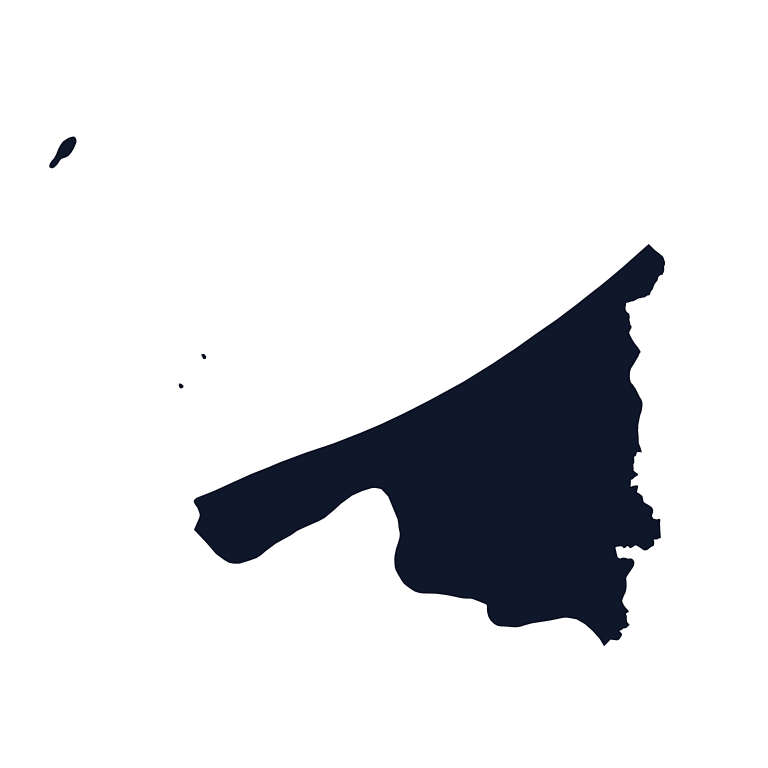 outline of Nghi Xuan, Ha Tinh, Vietnam, rotated 261°
{"feature_id": "81297802B92253150972948", "entity_name": "Nghi Xuan", "entity_type": "district", "adm_level": 2, "iso_a3": "VNM", "parent_name": "Vietnam", "parent_adm1": "Ha Tinh", "projection": "albers", "projection_center": [105.774, 18.664], "detail": "fine", "context": "isolated", "style": "filled", "palette": "ink", "viewbox_px": 768, "rotation_deg": 261, "n_neighbors": 0, "source": "geoboundaries", "source_scale": "gbopen_adm2", "svg_char_len": 6116}
<svg xmlns="http://www.w3.org/2000/svg" viewBox="0 0 768 768"><g transform="rotate(261 384 384)"><path d="M375.7,641.7L379.1,640.4L384.7,637.3L388.6,635.6L393.3,634.0L395.2,633.6L396.5,633.4L397.3,633.4L397.8,634.2L399.4,635.2L400.0,635.6L400.7,636.3L401.2,636.5L401.8,636.7L402.4,636.6L403.1,636.4L403.9,635.8L404.3,635.6L404.5,635.6L405.4,635.9L406.3,635.9L409.4,635.5L409.6,635.6L410.5,636.2L411.1,636.3L413.2,636.5L413.8,636.5L414.8,636.2L415.3,635.8L415.8,635.2L416.4,634.7L418.0,633.9L418.7,633.6L421.7,633.6L423.6,634.4L426.6,635.0L426.9,635.6L427.2,639.0L427.5,640.6L427.8,641.9L427.5,642.8L427.7,643.7L428.6,646.3L428.9,647.0L429.4,647.9L429.4,649.3L429.5,651.6L429.7,652.5L429.6,653.2L429.6,654.5L430.0,655.9L430.8,657.2L431.0,657.8L430.9,658.9L431.0,659.7L431.8,660.5L433.3,660.9L434.0,661.4L435.2,662.8L436.2,663.7L439.7,665.6L441.1,666.6L441.7,667.3L443.1,668.7L443.6,669.4L444.6,670.0L445.4,670.2L446.8,670.8L447.4,671.3L448.8,673.3L449.1,673.9L449.2,674.5L449.0,675.6L451.0,677.0L452.2,677.6L454.2,678.1L455.1,678.2L456.3,678.1L456.9,678.2L457.4,679.0L457.9,679.3L460.2,679.8L461.1,679.8L461.5,679.8L462.0,679.5L462.3,679.4L462.7,679.4L464.5,679.2L465.6,678.9L466.5,678.3L467.6,677.4L468.3,676.6L469.0,676.1L473.0,672.3L474.5,671.1L479.9,667.2L461.9,639.1L452.4,623.5L446.9,614.0L439.1,599.9L431.7,586.8L420.1,565.1L409.1,542.2L398.2,520.3L385.9,493.4L373.1,463.0L359.9,426.0L351.0,398.6L343.8,373.8L338.6,352.6L332.5,324.7L327.6,295.7L322.4,269.9L319.4,258.0L315.2,239.1L309.5,218.3L304.7,201.0L303.5,196.1L300.3,181.6L299.0,179.2L297.4,178.4L294.9,179.2L291.0,181.1L284.6,182.4L281.4,181.8L269.7,174.4L268.3,175.5L256.0,183.9L242.8,192.1L235.4,199.5L232.3,203.4L230.8,207.7L229.9,213.1L231.4,223.5L232.8,230.8L234.7,235.2L238.0,240.5L244.0,251.9L249.8,267.9L251.5,271.5L253.2,274.8L255.2,281.6L259.6,298.2L261.7,304.2L267.9,314.6L273.0,322.2L279.5,334.8L282.4,345.5L283.9,356.0L283.4,359.7L281.3,365.3L272.6,371.2L248.4,377.0L244.2,377.0L240.3,376.7L234.1,377.0L230.2,376.2L226.5,374.6L219.2,370.8L212.5,368.3L208.6,367.4L204.7,367.0L201.5,366.8L198.7,367.1L194.3,368.6L186.8,371.6L183.9,373.1L180.1,376.6L176.7,380.2L175.2,381.9L174.1,383.7L173.1,385.9L172.0,388.9L169.5,402.5L168.5,406.2L167.6,409.1L167.0,411.3L166.2,413.6L165.7,415.2L161.3,426.7L160.2,430.5L159.7,433.0L159.4,435.3L159.1,436.5L158.4,438.3L156.0,442.6L151.1,450.7L149.7,451.6L148.3,451.7L144.7,451.1L141.8,451.0L137.7,451.5L134.2,452.9L130.4,455.7L128.2,458.5L127.3,460.8L125.6,468.7L124.1,474.8L123.7,477.8L123.8,481.3L124.3,484.2L125.0,490.1L125.3,493.7L125.2,499.6L125.2,511.3L125.8,523.9L125.5,527.7L124.8,530.3L122.1,537.8L115.8,545.6L108.1,551.9L99.0,557.8L91.7,560.7L97.0,567.5L95.1,574.1L95.3,575.3L95.6,576.0L96.1,576.6L98.7,578.8L99.6,579.2L100.0,579.1L100.9,578.6L103.1,576.9L103.3,576.8L103.8,576.9L104.2,577.5L104.4,578.5L104.3,579.1L104.5,579.7L104.8,580.3L105.3,580.9L105.7,581.6L105.9,582.0L105.9,583.2L105.8,584.0L105.8,584.7L107.9,587.9L109.7,586.7L110.2,586.4L111.2,586.2L114.3,586.2L115.5,586.6L116.6,586.7L117.6,586.6L118.7,586.2L119.6,586.1L120.0,586.1L121.0,589.1L121.2,589.3L121.3,589.4L122.0,589.1L122.6,588.6L123.3,588.1L124.9,587.1L126.7,586.1L128.2,585.5L131.6,584.5L132.0,584.5L133.3,584.7L135.7,586.0L138.2,587.5L140.0,588.9L142.3,590.0L146.5,591.3L150.7,591.8L152.7,591.9L154.4,592.1L155.6,592.5L159.2,595.7L163.8,600.1L166.0,601.8L167.3,602.3L168.6,602.6L170.0,602.4L171.1,601.9L171.7,601.4L172.3,600.6L172.5,599.6L172.4,598.2L172.5,597.3L173.2,596.3L173.7,595.2L174.3,593.3L174.4,592.5L173.9,590.3L173.9,589.7L174.1,589.2L175.5,587.5L175.7,586.9L186.8,586.1L187.4,587.6L187.6,588.3L187.6,589.1L187.5,590.2L187.7,591.6L187.1,593.6L186.9,594.1L186.2,594.9L185.7,595.2L185.1,595.4L185.1,595.8L185.4,596.7L186.2,597.9L186.8,599.2L186.5,600.0L185.2,601.0L184.2,601.6L184.1,601.9L184.4,603.0L186.1,606.8L186.1,607.2L185.6,608.6L182.1,612.6L180.1,614.6L179.6,615.5L179.5,617.3L179.7,617.9L180.1,618.8L182.0,622.0L182.2,622.9L182.4,624.0L182.8,624.6L183.6,625.0L184.9,625.3L185.9,625.4L186.8,625.4L187.7,625.1L188.2,625.1L188.6,625.4L188.8,625.8L188.9,627.4L188.6,629.3L188.7,629.9L189.3,631.6L189.4,632.7L195.7,633.2L202.9,634.0L206.6,634.9L207.0,634.7L207.0,634.1L206.8,633.1L206.9,631.9L208.2,628.5L209.0,628.1L210.3,627.7L210.8,627.3L211.6,627.2L212.8,627.5L214.7,628.6L216.1,629.1L216.8,629.3L217.7,629.3L218.6,629.1L219.5,628.9L220.5,628.0L221.5,627.1L223.2,625.1L224.3,623.7L225.8,621.8L227.0,621.3L228.4,621.1L232.1,621.1L233.0,620.6L235.5,618.3L237.2,615.9L242.5,618.0L243.2,618.2L243.6,617.9L243.7,617.1L243.6,613.8L243.0,611.8L243.2,611.3L243.8,610.9L244.5,610.8L245.3,610.9L246.5,611.2L248.9,611.8L251.2,612.0L251.5,612.8L251.7,614.2L253.5,616.7L254.2,618.8L254.7,619.9L255.0,619.9L255.5,619.6L257.4,617.6L258.4,616.9L259.1,616.1L262.5,616.7L264.0,616.7L264.9,616.8L266.1,617.1L266.7,617.4L267.0,617.8L267.6,618.1L268.2,618.3L271.4,618.7L272.7,618.7L273.1,618.6L273.3,618.8L274.1,620.5L274.7,621.3L276.2,621.8L276.7,622.1L277.1,622.3L277.9,623.4L278.0,624.2L277.7,624.9L277.2,627.1L278.8,627.0L280.7,626.7L285.8,625.6L291.2,626.4L299.3,627.0L300.7,627.5L303.6,627.9L312.8,631.2L316.2,633.0L317.7,633.7L322.4,635.2L324.6,635.5L325.4,635.5L327.0,635.3L328.6,634.9L330.3,634.1L339.5,631.2L344.5,628.8L345.8,627.8L347.3,627.3L348.9,627.1L350.5,627.0L353.1,627.2L357.2,628.0L360.3,629.3L361.7,630.3L366.1,634.2L368.8,636.3L371.2,638.4L372.6,639.4L374.3,640.3L375.3,641.2L375.5,641.5L375.7,641.7ZM674.8,117.3L675.9,116.6L676.3,115.5L676.2,113.8L675.9,111.7L675.4,110.2L673.1,105.2L669.9,102.1L666.4,99.5L662.1,97.0L658.6,94.4L657.3,93.1L656.2,91.5L653.3,88.9L651.5,88.2L650.7,88.3L650.1,89.1L649.7,89.9L650.2,92.0L652.3,95.0L656.1,98.5L657.2,100.0L657.7,101.0L658.4,105.2L659.2,107.5L662.0,110.9L665.4,113.8L670.5,117.0L671.9,117.5L673.3,117.6L674.8,117.3ZM414.9,183.8L415.7,182.5L415.7,182.3L414.7,181.8L413.6,181.9L412.2,182.6L412.2,184.0L412.9,184.8L413.5,184.8L414.9,183.8ZM441.1,208.9L439.5,209.6L438.6,209.6L437.7,210.0L437.5,210.4L437.3,211.1L437.8,211.6L438.2,211.8L439.0,211.8L440.5,211.1L441.1,210.4L441.3,209.8L441.1,208.9Z" fill="#0f172a" stroke="#020617" stroke-width="1.5"/></g></svg>